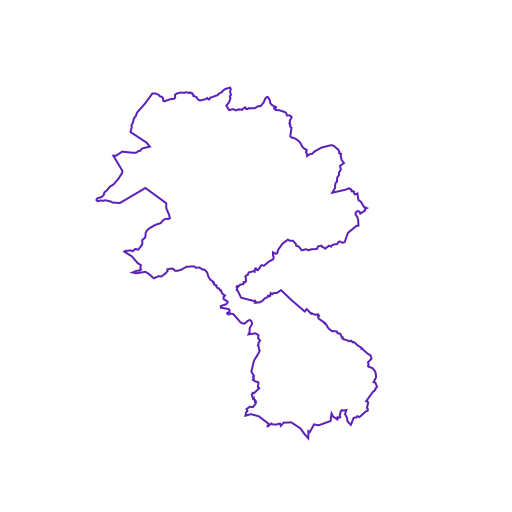 Huejúcar, Jalisco, Mexico, rotated 33°
{"feature_id": "50627088B78900582914746", "entity_name": "Huejúcar", "entity_type": "district", "adm_level": 2, "iso_a3": "MEX", "parent_name": "Mexico", "parent_adm1": "Jalisco", "projection": "albers", "projection_center": [-103.223, 22.31], "detail": "fine", "context": "isolated", "style": "outline", "palette": "violet", "viewbox_px": 512, "rotation_deg": 33, "n_neighbors": 0, "source": "geoboundaries", "source_scale": "gbopen_adm2", "svg_char_len": 6128}
<svg xmlns="http://www.w3.org/2000/svg" viewBox="0 0 512 512"><g transform="rotate(33 256 256)"><path d="M182.5,330.3L185.3,326.0L187.8,324.7L189.6,319.9L190.0,316.6L188.9,315.6L190.4,313.9L193.0,311.9L196.4,312.4L198.4,311.0L200.8,308.2L203.5,303.0L208.4,299.3L210.2,298.3L212.0,298.6L214.8,296.5L218.8,296.4L220.1,295.5L224.0,296.4L227.3,299.3L230.7,300.8L233.9,300.9L234.5,301.7L235.1,301.2L236.4,302.7L238.8,302.2L239.1,303.1L241.4,303.9L242.6,303.3L244.5,304.3L245.2,303.8L248.0,305.9L251.6,306.1L251.1,308.3L252.3,309.8L257.1,309.7L257.6,311.1L257.2,312.8L253.7,317.2L254.7,318.5L262.0,315.4L263.1,315.7L264.2,317.2L262.9,319.6L263.2,320.0L264.9,320.0L266.2,318.1L268.5,317.1L279.4,320.1L281.1,319.9L283.3,318.9L284.4,314.9L285.6,313.0L287.8,313.2L289.7,315.1L290.0,320.0L292.1,323.3L292.4,325.8L297.6,321.2L301.1,321.0L302.6,323.8L305.4,324.6L305.5,327.8L306.2,328.6L306.2,330.0L307.8,330.6L308.6,331.9L310.5,333.2L311.1,336.2L311.3,344.6L315.0,355.5L319.7,357.7L319.3,359.0L321.1,360.0L320.8,361.5L323.7,361.6L326.5,360.6L327.3,361.2L328.9,364.9L330.7,365.1L329.0,372.3L327.8,372.5L327.9,374.5L331.1,377.2L331.4,376.1L333.0,377.6L333.6,377.4L334.5,378.8L335.3,378.1L336.2,380.4L335.7,384.5L333.1,385.6L331.4,389.5L333.2,390.6L332.9,392.6L334.1,395.7L337.9,391.4L345.7,388.9L358.2,389.9L358.4,393.4L360.2,388.1L361.3,388.3L364.5,386.6L367.3,383.5L369.4,384.9L369.9,380.8L376.2,376.3L387.3,376.4L393.0,378.7L399.1,380.4L395.4,374.3L397.0,374.4L396.4,365.6L400.6,364.0L408.4,353.8L405.2,347.0L408.2,348.7L413.3,348.8L413.2,348.1L412.0,347.7L412.1,346.9L414.1,346.0L414.4,345.3L412.9,343.8L411.7,340.0L411.9,338.4L413.6,338.0L415.6,336.0L416.8,340.1L420.5,342.2L422.7,344.8L427.5,346.0L426.1,338.8L426.8,337.6L428.1,336.9L428.2,335.2L430.5,334.8L432.6,327.1L433.9,324.8L433.4,323.7L431.7,322.8L430.0,317.9L428.9,317.3L427.5,317.8L428.1,305.9L428.9,304.0L428.3,301.9L428.8,301.1L428.6,299.6L425.0,297.2L423.3,297.8L422.8,292.5L420.7,289.6L418.5,287.8L414.8,286.6L410.4,287.6L409.9,287.3L409.8,286.0L407.8,284.2L408.8,279.2L406.3,277.0L402.5,277.1L395.7,276.0L395.0,276.3L394.9,275.6L389.0,275.5L386.4,274.9L384.3,275.1L384.0,275.8L381.7,275.3L380.6,276.8L377.0,277.3L375.3,278.1L373.0,278.0L373.0,277.0L371.5,277.0L369.8,275.6L368.6,275.4L366.5,276.4L364.7,275.3L360.7,277.6L357.9,277.5L354.9,276.8L353.4,275.6L350.0,275.1L350.2,274.6L342.6,274.4L340.8,272.8L341.4,271.8L340.0,271.1L337.3,273.2L333.7,273.8L333.6,274.4L327.5,272.9L327.1,276.0L309.4,273.6L295.6,271.0L293.7,275.4L290.6,277.9L290.4,279.2L288.5,279.1L289.6,281.7L287.9,282.7L288.6,283.1L286.4,287.0L285.6,290.7L283.6,293.7L282.1,294.2L281.6,295.3L280.7,295.7L280.8,294.7L279.3,294.1L279.0,294.8L266.2,299.1L259.4,295.0L258.5,295.1L257.9,294.1L257.8,292.1L256.6,292.5L256.4,291.7L258.0,290.5L258.4,288.5L260.6,286.6L260.5,285.3L259.8,284.6L261.3,283.8L261.3,282.4L259.3,279.8L258.3,279.2L258.3,277.9L259.4,276.2L258.8,273.8L262.2,270.1L263.5,269.9L262.2,267.5L262.4,266.6L263.1,266.4L264.5,267.2L265.4,266.8L265.4,261.3L265.8,260.6L267.9,259.8L270.0,253.3L272.1,249.6L271.6,247.4L269.7,246.1L268.3,243.6L271.1,243.6L272.2,242.1L271.2,238.4L271.5,231.3L273.8,224.9L275.7,224.9L278.8,223.1L283.0,224.3L284.2,225.5L286.5,224.8L291.3,226.3L294.1,223.2L297.0,222.5L298.9,220.1L302.6,217.5L303.3,216.7L302.7,214.2L305.3,211.7L306.8,212.4L308.4,211.9L310.0,212.2L311.6,207.6L313.8,207.2L313.6,206.5L314.9,204.0L317.4,202.0L317.6,199.1L318.2,198.3L321.4,197.7L322.8,196.1L320.5,186.5L323.9,175.9L325.4,174.8L321.9,169.9L319.7,168.1L317.3,167.2L316.4,166.4L316.0,165.2L316.5,163.2L317.5,162.7L318.7,162.5L320.4,163.7L322.6,158.6L321.8,157.3L322.8,155.5L319.9,156.0L314.5,153.4L311.3,153.2L307.0,148.3L305.5,150.5L303.4,149.6L303.1,148.8L301.7,148.7L301.0,149.6L299.0,148.3L298.5,149.3L298.7,148.8L297.1,148.5L295.2,151.4L285.5,161.4L285.3,155.9L283.7,153.4L282.9,151.0L283.5,149.8L281.4,146.0L281.5,142.6L280.2,141.0L280.0,137.1L277.4,134.8L279.1,130.1L275.5,128.9L272.4,125.8L271.6,124.0L269.7,124.5L269.3,123.4L267.4,122.1L261.6,121.3L259.8,121.5L258.1,122.7L251.8,129.5L248.2,136.3L247.4,139.7L246.1,140.8L244.3,144.3L243.4,142.7L241.2,141.6L241.2,140.0L240.7,139.4L238.0,139.7L235.5,139.2L231.6,137.0L229.1,136.3L225.7,136.1L222.7,136.6L221.7,137.3L219.5,136.9L215.9,129.1L213.8,128.6L213.1,126.9L211.9,126.9L211.3,124.7L210.6,124.0L210.4,120.4L209.6,119.7L207.3,119.9L205.6,121.3L203.4,119.7L202.2,119.5L195.7,121.2L193.3,122.8L191.5,122.7L190.7,122.2L191.9,120.8L191.7,120.3L187.0,120.7L184.5,119.9L182.4,117.5L179.6,116.3L178.7,116.5L178.0,118.4L178.8,123.3L178.2,128.0L176.1,129.2L174.4,132.9L172.0,134.2L171.0,135.4L169.4,135.8L169.0,137.2L167.6,138.1L166.1,137.2L164.9,139.4L164.8,141.0L162.9,141.7L162.1,142.6L161.5,142.4L159.9,144.8L156.8,145.3L154.0,148.3L149.2,146.1L149.7,141.8L148.7,137.7L147.1,136.4L147.3,134.5L144.9,132.5L143.7,129.4L142.5,128.9L139.3,132.6L138.1,135.6L138.3,136.8L136.1,140.8L136.3,141.9L131.4,148.2L131.6,150.0L131.0,150.5L129.0,150.1L128.5,151.7L124.3,156.1L122.1,156.3L119.6,155.2L116.2,155.8L115.8,155.0L114.4,154.9L113.9,154.2L111.5,154.8L111.3,155.6L108.0,156.8L107.2,158.0L103.5,160.2L101.1,162.8L100.3,165.1L101.7,166.8L101.9,168.2L100.7,169.8L99.6,170.1L94.8,176.3L94.0,176.4L91.4,173.9L89.8,173.9L88.7,174.5L86.5,173.8L83.4,174.4L80.6,176.1L79.9,188.6L78.1,200.8L79.0,203.9L78.7,207.1L80.0,210.9L80.4,214.0L81.7,215.8L83.2,220.4L102.5,220.5L107.4,222.1L102.1,227.6L101.3,231.3L100.0,232.3L99.5,234.3L97.4,236.0L86.9,241.4L84.1,248.0L81.7,249.6L97.3,257.2L98.5,259.0L98.5,266.8L97.4,274.0L95.6,277.5L95.3,281.7L94.2,285.2L95.1,288.0L94.3,290.7L91.5,294.1L91.6,295.9L93.4,296.3L95.6,293.9L97.2,293.3L99.5,291.2L104.5,289.4L106.6,289.3L113.0,285.7L126.2,259.2L151.9,260.6L154.8,264.9L160.4,268.6L163.2,271.2L162.5,272.5L159.9,274.1L158.6,276.5L158.2,280.3L154.6,284.7L151.6,290.6L150.7,293.4L150.7,296.2L153.0,300.7L151.9,304.8L153.7,307.0L154.3,308.9L153.8,314.9L151.0,315.7L150.0,319.2L147.9,319.5L143.5,323.1L143.2,324.1L152.1,323.9L160.6,326.4L164.4,326.3L165.8,329.6L166.9,329.9L166.4,331.4L164.0,333.4L161.5,337.0L164.9,335.7L171.9,329.5L175.8,329.4L182.5,330.3Z" fill="none" stroke="#5b21b6" stroke-width="2"/></g></svg>